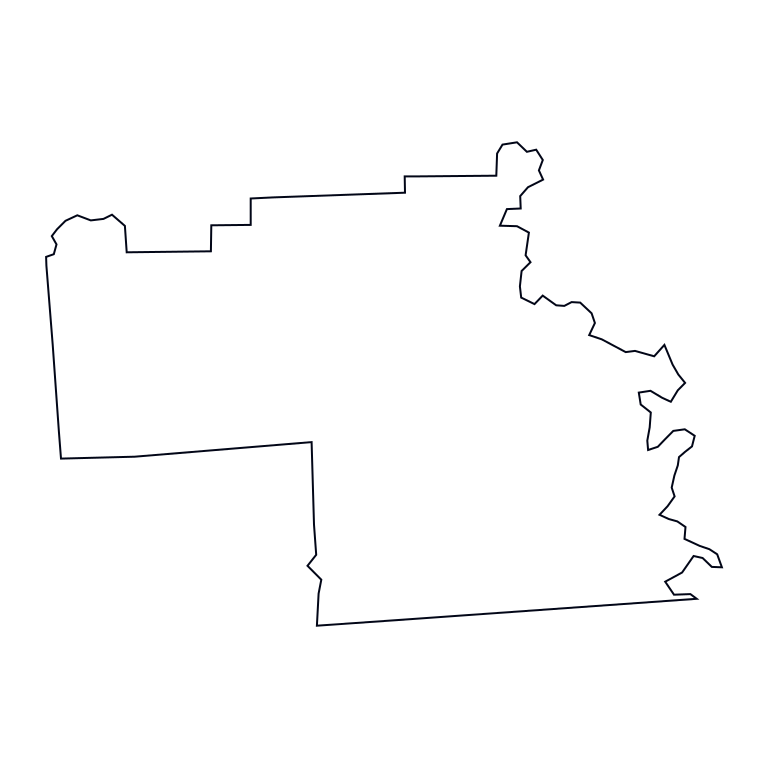 Casca, Rio Grande do Sul, Brazil
{"feature_id": "56859067B91025012286636", "entity_name": "Casca", "entity_type": "district", "adm_level": 2, "iso_a3": "BRA", "parent_name": "Brazil", "parent_adm1": "Rio Grande do Sul", "projection": "albers", "projection_center": [-51.925, -28.591], "detail": "fine", "context": "isolated", "style": "outline", "palette": "ink", "viewbox_px": 768, "rotation_deg": 0, "n_neighbors": 0, "source": "geoboundaries", "source_scale": "gbopen_adm2", "svg_char_len": 1483}
<svg xmlns="http://www.w3.org/2000/svg" viewBox="0 0 768 768"><path d="M685.1,382.9L678.3,374.5L672.6,364.6L664.4,344.9L654.2,356.3L635.0,350.9L625.7,352.1L601.7,339.3L589.2,335.1L594.9,323.0L591.6,313.3L580.2,302.6L571.6,302.1L564.3,305.9L556.2,305.3L542.7,295.6L534.5,304.1L521.2,297.6L519.9,286.4L521.6,271.0L530.5,262.2L525.6,255.3L528.9,232.6L517.0,226.2L499.9,225.7L506.9,209.1L520.7,208.5L520.2,196.1L528.0,187.2L543.1,179.6L538.9,170.4L542.8,160.0L536.2,149.7L526.9,151.8L517.0,142.3L502.5,144.6L497.1,153.5L496.3,175.7L416.5,176.4L404.7,176.4L405.0,192.7L273.2,197.4L250.7,198.5L250.7,224.9L211.3,225.3L210.9,251.3L126.7,252.3L124.9,225.9L112.0,214.7L103.5,218.9L90.8,220.4L77.3,215.3L65.5,220.8L57.0,229.3L51.8,236.1L56.5,244.4L53.8,254.2L46.1,256.9L46.4,265.7L52.7,344.7L58.9,431.7L61.0,458.6L134.7,456.7L311.6,442.1L314.0,524.6L316.2,554.8L307.5,565.8L321.3,579.7L318.6,593.6L316.9,625.7L418.3,618.6L463.3,615.4L696.7,598.8L690.4,594.1L674.0,594.7L665.2,581.7L682.1,572.5L693.6,556.0L702.6,558.0L711.8,566.9L721.9,567.3L717.2,554.3L709.4,549.2L699.7,545.9L692.8,542.7L684.5,538.9L685.5,527.0L677.3,521.4L668.7,519.0L659.5,514.8L667.6,506.2L674.6,496.4L671.7,487.6L674.4,475.5L677.8,465.4L679.0,457.1L685.1,451.8L692.0,446.4L694.7,435.8L684.8,429.3L673.3,430.9L665.3,439.0L657.8,446.8L648.1,450.0L647.3,440.6L649.7,427.3L650.8,412.5L640.7,404.5L638.8,392.6L650.5,390.8L662.0,397.7L670.8,401.8L677.8,390.3L685.1,382.9Z" fill="none" stroke="#020617" stroke-width="2"/></svg>